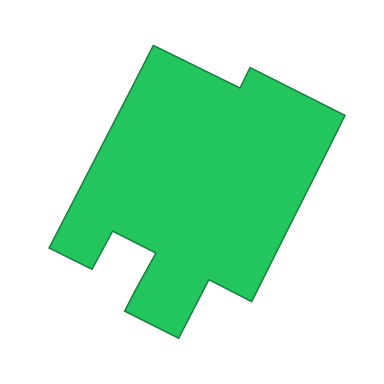 Dent, Missouri, United States of America, rotated 116°
{"feature_id": "52423323B29389566845482", "entity_name": "Dent", "entity_type": "district", "adm_level": 2, "iso_a3": "USA", "parent_name": "United States of America", "parent_adm1": "Missouri", "projection": "equal_earth", "projection_center": [-91.456, 37.603], "detail": "fine", "context": "isolated", "style": "filled", "palette": "green", "viewbox_px": 384, "rotation_deg": 116, "n_neighbors": 0, "source": "geoboundaries", "source_scale": "gbopen_adm2", "svg_char_len": 365}
<svg xmlns="http://www.w3.org/2000/svg" viewBox="0 0 384 384"><g transform="rotate(116 192 192)"><path d="M172.1,89.3L86.3,88.2L56.1,88.1L54.7,194.4L77.5,194.4L77.2,291.0L122.7,291.8L305.0,295.9L305.3,248.0L262.0,246.2L262.7,197.7L305.9,199.9L328.6,200.3L329.3,139.9L263.4,138.4L264.4,90.3L172.1,89.3Z" fill="#22c55e" stroke="#15803d" stroke-width="1.5"/></g></svg>